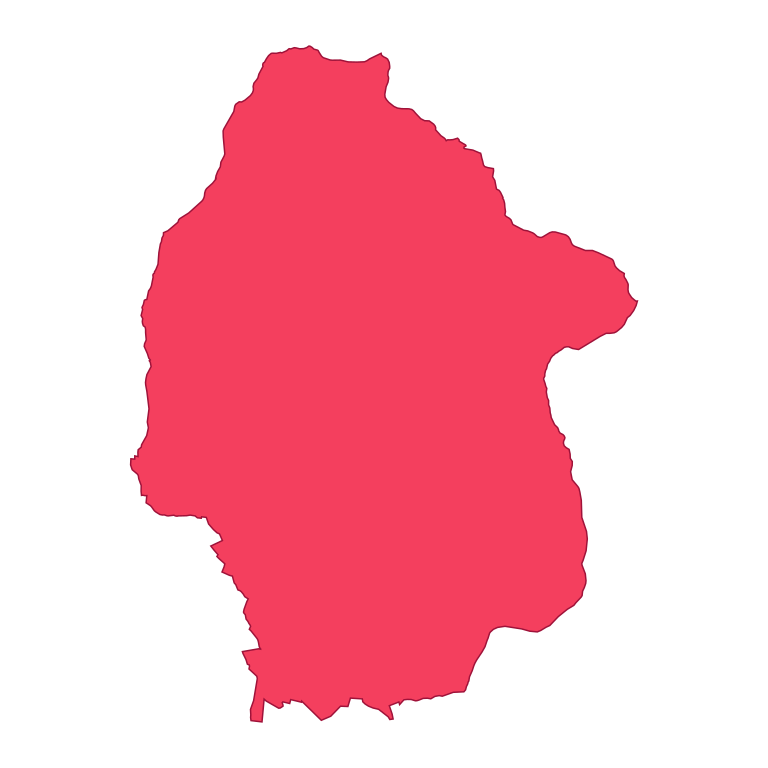 outline of Auseu, Bihor, Romania
{"feature_id": "2599482B68618981696500", "entity_name": "Auseu", "entity_type": "district", "adm_level": 2, "iso_a3": "ROU", "parent_name": "Romania", "parent_adm1": "Bihor", "projection": "mercator", "projection_center": [22.51, 47.062], "detail": "fine", "context": "isolated", "style": "filled", "palette": "rose", "viewbox_px": 768, "rotation_deg": 0, "n_neighbors": 0, "source": "geoboundaries", "source_scale": "gbopen_adm2", "svg_char_len": 6065}
<svg xmlns="http://www.w3.org/2000/svg" viewBox="0 0 768 768"><path d="M529.8,631.2L537.3,631.9L540.7,630.5L546.1,627.2L549.8,625.5L558.3,616.6L567.3,609.3L573.9,605.3L575.9,602.7L581.1,597.2L582.1,595.6L582.6,591.2L584.3,587.6L585.7,583.5L586.0,580.7L585.3,573.8L582.0,565.1L581.8,563.4L583.1,560.3L586.1,550.8L587.3,538.9L586.5,531.4L581.8,517.4L581.3,500.3L579.9,492.3L579.1,488.9L578.5,487.5L577.4,486.0L572.2,479.8L570.6,471.7L572.2,465.5L572.3,461.5L570.3,458.4L570.1,454.0L569.1,449.4L566.2,447.7L564.2,445.8L563.4,443.1L563.7,440.9L564.7,438.8L564.9,437.5L564.1,435.8L563.0,434.6L560.1,433.1L558.8,431.1L558.4,429.4L557.6,427.6L554.6,424.7L551.2,417.5L550.9,415.3L550.2,412.7L549.8,408.0L548.6,404.9L548.6,400.5L547.3,397.7L546.3,392.0L546.8,388.4L545.8,386.4L545.1,383.5L543.7,379.4L543.7,378.2L544.8,376.1L544.8,373.9L545.6,370.3L546.5,368.9L547.6,364.1L549.6,361.2L550.7,358.4L552.6,355.8L553.6,355.2L555.5,353.3L557.2,352.6L558.8,351.2L561.1,349.9L564.3,347.3L566.7,346.8L568.7,346.8L572.6,348.5L578.6,349.5L600.1,336.4L606.2,333.3L609.9,333.3L614.2,332.8L616.5,331.7L621.7,327.4L624.3,324.3L627.4,317.6L630.1,315.5L633.7,310.5L636.1,305.6L637.4,301.0L635.9,301.1L634.1,299.7L631.6,297.5L629.4,294.2L628.5,292.6L628.0,289.8L628.2,284.8L627.9,283.5L625.9,279.5L624.5,277.5L624.0,275.8L624.3,273.5L619.6,270.7L616.5,267.9L615.0,265.9L613.4,261.0L612.5,259.6L611.6,259.0L598.4,252.8L592.5,250.5L585.4,250.5L574.4,246.2L572.4,244.7L571.4,242.9L570.1,239.3L568.4,236.8L566.3,235.2L565.1,234.7L555.3,232.0L552.2,231.9L549.7,232.7L542.9,236.8L541.5,237.4L539.8,237.4L537.3,236.6L534.3,233.9L532.8,232.9L527.8,230.9L523.7,230.2L513.2,224.7L512.7,224.2L511.0,219.9L509.5,218.4L506.1,216.4L505.0,215.1L505.0,214.2L505.5,211.6L504.9,207.4L504.6,203.3L503.7,199.9L502.6,198.1L503.0,197.5L500.5,192.3L499.1,190.4L496.5,189.1L494.8,180.4L492.6,176.8L493.6,170.9L493.4,168.6L487.8,167.6L484.7,166.6L483.5,165.0L482.6,161.0L481.7,157.8L481.1,154.8L480.6,153.2L479.2,152.8L472.9,150.1L464.7,148.7L464.0,148.3L464.0,147.1L466.0,145.9L465.6,145.0L459.3,141.3L459.0,139.7L457.6,138.2L453.0,139.6L449.7,139.9L447.7,139.8L446.2,140.7L445.4,139.2L444.2,138.0L440.9,135.7L435.6,129.8L435.7,127.8L435.2,126.2L433.7,124.2L429.2,120.9L424.6,120.7L420.7,118.7L415.7,113.4L413.5,110.8L411.8,109.5L408.9,108.8L401.8,108.7L397.5,108.1L394.0,106.5L388.8,102.4L386.5,99.7L385.1,97.3L384.8,94.4L386.1,86.8L388.0,82.2L388.6,78.5L388.5,77.3L387.8,75.2L388.1,71.8L388.6,70.2L389.7,68.3L389.7,66.2L389.2,62.4L387.6,59.1L385.9,57.9L383.6,56.8L382.0,55.6L381.5,55.0L381.1,53.3L369.6,58.9L367.0,60.7L364.5,61.8L356.9,62.1L348.2,61.9L340.5,60.1L332.2,60.2L330.2,60.0L323.3,57.7L321.6,56.3L319.1,52.4L318.3,50.8L317.7,50.2L313.8,49.1L312.3,47.6L310.3,46.3L309.5,46.1L308.8,46.1L306.7,47.6L303.8,48.6L299.8,48.8L296.0,47.9L294.2,47.7L290.9,48.9L289.1,48.7L286.7,50.7L282.2,52.7L281.5,52.8L280.5,52.4L276.4,53.3L272.4,53.2L271.2,53.4L268.6,55.6L266.5,58.6L264.4,62.4L263.4,62.9L262.9,63.9L262.7,65.1L263.0,66.4L258.9,74.1L257.9,77.9L256.8,79.6L253.9,83.2L253.1,86.6L253.4,88.7L253.3,90.5L252.4,92.9L250.4,95.6L244.9,100.2L241.6,102.0L239.2,101.8L235.7,104.3L234.8,106.1L233.8,111.5L223.9,128.8L223.1,130.9L223.3,137.2L224.8,153.9L224.2,155.9L220.9,162.2L220.3,166.9L217.7,171.4L215.9,176.2L216.0,178.4L215.6,178.2L215.4,179.7L212.5,183.3L206.7,188.5L205.5,190.3L204.7,193.1L204.5,195.4L204.1,197.3L203.0,199.7L201.8,201.2L188.7,213.0L179.8,218.6L178.8,219.7L177.9,222.3L167.8,230.8L163.5,232.7L163.4,235.4L162.0,238.0L161.4,241.8L160.4,243.9L158.9,252.5L158.0,264.3L155.9,269.5L154.5,271.8L154.4,273.1L153.4,273.9L152.9,275.0L153.1,277.3L151.4,285.9L150.4,288.4L148.6,290.9L146.8,299.5L145.3,299.7L144.3,300.4L143.4,304.5L142.0,307.4L142.6,309.6L141.1,315.6L142.7,318.5L142.3,321.4L142.5,323.2L143.3,325.7L145.2,327.2L145.6,329.5L145.6,332.7L146.2,339.6L146.0,340.5L144.6,343.7L144.2,346.4L147.4,353.6L148.8,358.1L150.3,360.0L149.3,360.8L150.3,362.3L151.1,366.6L146.9,374.6L146.0,378.7L145.5,382.5L145.7,384.9L146.9,391.5L149.0,408.8L147.3,422.0L148.4,427.8L146.7,435.6L141.6,444.7L141.2,447.2L138.2,449.7L137.9,452.2L138.0,456.6L134.8,455.9L134.7,459.1L130.9,458.8L130.6,464.9L131.9,468.9L132.3,469.8L137.5,474.2L138.3,475.6L138.8,478.9L141.2,485.5L141.1,491.2L141.5,495.4L142.7,495.2L145.2,495.7L146.8,495.6L146.1,502.8L150.5,505.7L151.6,506.9L154.3,510.7L155.7,511.9L159.9,514.5L162.3,515.0L164.3,514.9L167.0,515.8L168.2,515.9L173.9,515.2L175.2,515.9L177.0,516.2L178.3,515.9L186.6,515.7L190.1,515.1L195.1,515.9L197.4,517.8L201.3,518.2L201.6,516.8L206.3,517.4L208.6,524.0L213.5,529.6L217.0,532.8L219.5,533.9L222.4,540.5L210.8,546.0L214.0,550.1L218.0,554.7L216.9,556.5L219.2,558.8L224.8,563.8L224.1,566.8L222.0,572.0L229.4,575.3L232.4,576.1L234.2,582.9L235.8,584.7L237.9,589.9L240.0,590.7L241.2,591.6L243.2,594.0L244.8,596.7L248.2,598.9L246.8,601.7L244.1,609.2L243.5,612.1L243.9,613.1L245.3,614.7L246.1,619.1L248.0,621.5L248.8,623.2L250.3,625.4L250.6,626.5L249.3,629.3L251.1,631.0L257.2,638.7L258.0,640.4L258.5,642.5L259.2,646.4L260.0,648.4L260.5,648.6L260.6,649.2L258.6,648.8L242.4,651.6L243.0,653.5L246.0,659.6L247.4,664.2L249.3,665.0L249.5,666.3L249.0,669.0L256.8,676.2L257.3,678.6L253.6,700.7L250.5,709.4L250.8,714.9L250.6,717.6L251.0,720.6L262.0,721.9L264.1,699.1L266.3,701.1L278.7,708.2L280.3,708.0L283.0,706.2L283.0,705.1L282.2,702.7L282.9,701.9L289.7,703.5L290.7,699.6L301.5,702.2L301.7,701.1L321.3,720.3L330.8,716.2L340.5,706.2L347.9,706.5L350.4,698.1L362.3,698.9L362.8,701.8L365.1,704.0L368.4,706.1L373.1,708.0L378.6,709.3L388.2,716.8L389.8,719.5L393.1,719.0L392.1,714.0L389.3,705.7L398.9,702.0L399.6,704.6L403.9,699.8L407.4,699.4L411.2,699.5L415.4,700.8L416.9,700.7L418.9,700.1L423.1,698.4L427.4,698.2L430.8,698.8L434.9,696.4L439.2,695.6L442.3,696.2L453.3,692.3L463.9,691.8L465.6,689.8L466.4,686.6L467.7,683.9L468.1,682.1L468.8,681.0L469.5,676.8L472.2,670.7L473.8,665.8L474.9,663.2L476.7,659.9L482.0,652.0L485.0,646.7L487.2,640.1L488.0,638.3L489.6,633.1L490.4,632.0L493.4,629.3L497.6,627.4L505.0,626.3L521.6,628.9L529.8,631.2Z" fill="#f43f5e" stroke="#9f1239" stroke-width="1.5"/></svg>